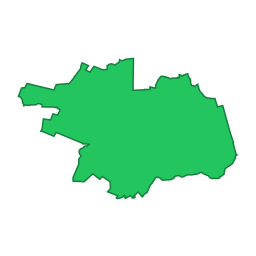 the district of Ciumeghiu, Bihor, Romania, rotated 353°
{"feature_id": "2599482B64169644321077", "entity_name": "Ciumeghiu", "entity_type": "district", "adm_level": 2, "iso_a3": "ROU", "parent_name": "Romania", "parent_adm1": "Bihor", "projection": "robinson", "projection_center": [21.631, 46.706], "detail": "fine", "context": "isolated", "style": "filled", "palette": "green", "viewbox_px": 256, "rotation_deg": 353, "n_neighbors": 0, "source": "geoboundaries", "source_scale": "gbopen_adm2", "svg_char_len": 5591}
<svg xmlns="http://www.w3.org/2000/svg" viewBox="0 0 256 256"><g transform="rotate(353 128 128)"><path d="M212.9,188.6L213.0,187.9L213.7,187.6L215.4,186.9L217.4,185.7L217.6,185.6L218.6,182.5L219.2,180.8L219.3,180.5L219.5,180.2L220.0,179.9L227.0,176.3L227.2,176.1L227.5,175.7L230.5,171.7L230.7,171.3L230.8,171.0L231.1,169.5L231.2,169.1L231.4,168.9L232.9,168.0L232.1,167.3L230.4,155.4L230.9,155.1L229.1,146.5L228.6,143.4L226.0,125.8L225.4,121.5L225.3,121.2L224.7,117.3L219.4,117.9L218.7,113.8L218.6,113.5L218.1,111.0L217.9,109.3L216.8,109.3L216.2,109.2L212.0,108.2L210.3,107.9L209.9,107.7L208.8,106.9L207.9,106.2L207.1,105.2L206.0,103.3L205.3,102.2L204.6,101.3L204.0,100.2L203.8,99.8L203.4,98.7L203.2,97.8L203.0,96.5L203.0,96.2L202.9,95.3L202.6,94.5L202.4,94.0L202.6,93.2L201.7,93.4L201.2,93.7L200.6,94.2L200.3,94.6L199.9,94.8L199.6,94.9L199.4,94.9L199.0,94.8L198.8,94.6L198.4,94.1L198.2,93.9L197.7,93.8L197.1,93.9L196.9,93.8L196.7,93.8L196.5,93.7L196.4,93.6L196.1,92.9L195.6,90.7L195.9,88.6L195.8,88.2L195.5,87.7L195.6,87.3L195.7,87.0L195.6,86.8L195.4,86.3L195.1,86.0L194.8,85.3L194.6,84.7L194.4,84.4L194.1,84.0L193.9,81.4L193.0,81.5L192.2,81.6L189.5,82.3L189.1,82.5L188.6,83.1L188.3,83.2L188.0,83.2L187.7,83.2L187.5,82.3L187.3,82.1L185.3,81.3L185.0,84.4L184.4,84.3L184.0,84.3L183.9,84.1L183.8,83.9L183.6,83.8L183.3,84.0L183.0,84.0L182.5,84.4L179.7,84.0L178.5,83.9L177.8,83.8L176.3,84.2L175.8,84.2L175.7,84.2L175.2,83.8L174.7,83.4L173.6,82.7L172.8,82.4L172.1,82.5L171.6,81.9L171.4,81.7L170.8,81.8L170.3,81.7L170.2,81.6L170.0,81.2L169.9,81.2L169.6,81.1L168.9,81.1L167.5,80.7L167.2,80.7L167.0,80.8L166.6,81.2L165.8,81.8L165.6,82.0L165.5,82.5L165.2,82.8L164.8,83.0L163.9,83.5L163.7,83.7L163.7,84.4L163.6,84.5L163.2,84.8L163.0,85.0L162.9,85.4L162.4,86.3L161.9,87.0L160.8,88.5L160.6,89.5L160.2,91.8L154.8,89.9L154.5,92.4L149.2,91.8L149.1,92.1L137.6,91.2L139.4,77.4L139.7,75.6L139.8,75.3L141.9,59.6L134.0,59.5L131.2,60.5L130.0,60.3L128.9,59.9L128.5,59.7L128.0,59.2L127.9,59.4L127.5,60.9L127.5,61.4L127.0,61.5L126.1,62.2L125.0,62.6L122.7,64.1L121.6,63.3L121.1,63.0L120.3,62.6L120.0,62.6L119.4,62.3L118.6,62.3L117.5,62.4L116.6,62.9L116.4,63.1L115.6,63.5L114.9,63.4L114.5,67.3L114.0,67.3L113.7,67.3L109.9,67.1L109.2,66.8L108.6,66.4L105.1,64.5L101.6,62.7L100.7,63.7L97.1,67.9L92.9,65.3L96.4,61.4L90.7,57.8L90.1,58.0L89.2,60.1L88.8,60.8L88.6,61.3L88.1,63.3L87.9,63.6L87.2,64.4L86.8,64.7L83.7,68.0L80.7,71.0L80.6,71.5L79.3,72.7L74.9,76.9L74.6,77.0L74.1,76.8L73.5,76.6L62.1,76.2L59.1,81.3L53.5,79.1L45.6,76.2L33.3,71.5L31.6,73.9L30.6,75.4L27.2,75.3L23.6,82.3L23.1,83.3L24.9,84.2L25.1,84.3L25.9,85.9L26.4,86.8L26.5,87.7L26.5,88.8L26.4,89.3L26.5,89.7L26.7,90.0L26.7,90.8L27.2,91.7L27.1,92.6L27.4,93.3L28.6,92.6L32.3,93.4L33.0,93.4L33.9,93.4L35.3,93.1L35.7,93.2L36.4,93.5L36.9,93.6L38.1,93.5L38.5,93.5L39.3,93.7L39.8,93.7L40.1,93.5L41.0,93.0L41.4,92.8L41.9,92.8L42.4,92.9L44.9,93.9L45.1,94.2L45.4,94.8L45.5,95.2L45.3,96.6L45.9,96.7L53.6,97.7L56.6,98.1L57.1,98.4L57.6,98.6L58.1,98.8L58.6,98.8L60.0,98.6L60.3,98.7L60.5,98.8L60.5,99.0L60.3,99.9L60.3,100.0L61.6,100.6L62.1,101.1L62.8,101.8L59.7,106.6L55.2,104.8L52.1,110.6L45.1,108.7L42.6,118.6L41.1,120.5L43.6,121.5L53.4,127.2L56.1,123.8L56.4,124.0L57.0,124.1L73.5,133.4L76.8,135.2L81.8,138.0L81.6,138.3L87.5,139.2L87.6,139.7L86.9,139.8L86.3,140.0L85.5,140.8L85.0,140.8L83.5,140.7L82.9,140.8L82.5,140.9L81.2,141.9L81.0,142.0L80.3,142.4L79.8,142.7L78.8,142.8L78.4,143.0L78.0,143.3L77.7,143.6L77.2,144.1L76.9,144.5L76.7,145.0L76.6,146.0L76.6,146.8L76.8,147.7L77.0,148.1L77.6,149.2L77.9,149.8L78.0,150.1L77.5,150.7L76.5,151.4L76.1,151.9L75.6,152.6L75.4,153.1L75.0,154.8L74.8,155.6L74.8,156.2L74.8,157.0L75.0,157.4L73.5,159.9L72.8,161.2L71.6,163.1L70.2,165.8L69.5,166.8L68.7,168.2L67.4,170.6L67.3,170.8L67.3,171.6L67.1,173.2L67.0,174.0L67.6,174.3L68.6,174.4L70.1,174.6L71.7,174.9L74.1,175.3L77.8,176.0L87.5,169.2L87.8,169.5L89.8,171.5L93.7,175.5L96.7,173.1L103.6,179.1L103.3,185.9L100.0,188.8L102.2,190.1L105.1,191.5L109.5,194.0L108.7,195.0L108.4,195.4L108.1,195.7L108.0,195.9L108.0,196.2L108.2,196.3L109.0,196.8L109.5,196.6L111.3,196.6L111.9,196.5L114.5,195.8L115.3,195.2L115.5,194.8L115.8,194.6L116.8,194.6L117.0,194.8L116.6,195.5L116.6,196.1L116.4,196.6L116.4,196.9L116.6,197.1L116.8,197.5L117.0,197.6L119.1,196.6L120.4,196.3L120.7,196.2L121.0,196.0L121.2,195.9L121.7,195.3L122.8,196.1L123.6,196.8L123.7,197.9L124.2,198.2L125.5,198.1L126.2,197.8L126.5,197.6L126.5,197.3L126.4,196.8L125.5,196.2L125.6,195.9L125.9,195.7L126.7,195.5L127.3,195.1L127.9,194.5L129.3,193.4L130.0,192.9L131.5,194.2L132.1,195.8L132.7,196.4L133.0,197.0L133.0,197.3L134.0,198.0L135.9,195.9L136.6,195.4L138.8,194.5L139.2,194.1L143.2,187.4L143.7,186.9L145.0,185.9L146.4,184.3L149.3,180.8L149.7,180.5L150.4,180.3L151.0,180.2L151.4,180.3L153.0,181.3L153.8,181.6L154.4,182.0L154.5,182.3L154.6,182.7L154.8,183.1L155.1,183.5L155.9,184.0L156.5,184.2L157.9,184.1L158.7,184.1L163.2,184.5L164.1,184.5L164.5,184.4L165.4,184.1L166.3,183.9L167.0,183.6L167.5,183.3L168.0,182.7L168.3,182.3L168.8,181.8L169.3,181.6L170.1,181.4L172.2,181.5L172.7,181.5L173.1,181.7L173.5,181.9L174.3,182.7L174.9,183.0L175.5,183.2L176.1,183.2L176.6,183.2L177.8,183.0L179.1,182.3L179.9,182.1L180.4,181.9L181.7,181.9L184.2,182.0L185.1,182.3L185.7,182.4L186.9,182.2L188.8,182.1L190.4,182.2L191.2,182.1L191.7,182.0L193.6,181.3L194.4,181.2L195.0,181.1L195.6,181.1L196.0,181.3L196.5,181.6L196.9,182.3L197.8,182.9L199.2,183.7L200.0,184.1L201.8,185.1L202.5,186.1L202.9,186.7L203.4,187.3L204.3,188.0L205.5,188.4L208.0,188.5L210.5,189.1L211.5,189.0L212.8,188.7L212.9,188.6Z" fill="#22c55e" stroke="#15803d" stroke-width="1.5"/></g></svg>